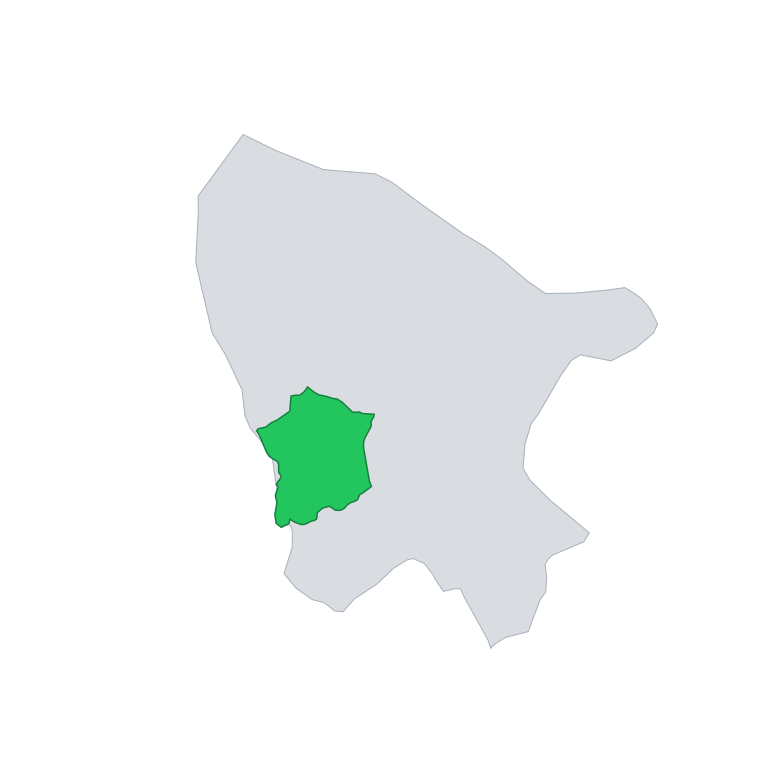 Burundi, with Ruyigi highlighted, rotated 125°
{"feature_id": "BDI-2635", "entity_name": "Ruyigi", "entity_type": "Province", "adm_level": 1, "iso_a3": "BDI", "parent_name": "Burundi", "parent_adm1": "", "projection": "mercator", "projection_center": [30.363, -3.445], "detail": "fine", "context": "in_parent", "style": "filled", "palette": "green", "viewbox_px": 768, "rotation_deg": 125, "n_neighbors": 0, "source": "natural_earth", "source_scale": "10m", "svg_char_len": 2201}
<svg xmlns="http://www.w3.org/2000/svg" viewBox="0 0 768 768"><g transform="rotate(125 384 384)"><path d="M539.3,145.1L534.4,151.4L512.2,196.8L507.9,203.6L510.4,207.8L519.8,216.4L514.3,230.7L512.1,234.5L507.9,247.9L510.2,260.1L515.5,264.6L529.9,270.6L551.5,274.9L577.0,285.0L594.2,286.9L598.2,294.2L597.4,307.4L601.7,318.8L601.7,339.2L596.6,357.2L570.3,365.6L556.8,374.9L553.2,379.5L556.5,384.9L558.2,392.2L533.5,410.1L508.1,433.5L502.0,449.3L497.0,467.9L489.6,479.8L470.2,497.0L450.5,531.6L440.8,554.0L392.4,608.0L349.3,634.9L336.7,644.1L260.5,642.5L254.7,606.1L243.1,556.5L216.9,511.7L214.2,492.9L215.4,456.8L215.5,406.0L213.7,378.7L214.3,358.8L217.6,324.2L217.2,303.6L200.0,279.7L178.5,254.4L166.9,242.0L166.3,231.9L166.3,222.7L169.8,209.2L178.1,194.2L187.6,192.5L210.7,198.5L234.8,211.3L247.6,240.0L257.4,244.1L275.2,244.1L320.7,240.3L332.0,240.8L352.6,233.9L373.2,221.8L379.1,209.2L383.9,181.1L388.2,130.4L398.7,129.8L427.4,147.8L433.5,149.1L439.6,148.4L449.5,139.5L461.8,132.2L470.8,132.4L504.1,123.9L522.0,139.2L533.3,144.0L539.3,145.1Z" fill="#d9dde1" stroke="#a8b0b8" stroke-width="1"/><path d="M553.0,381.9L560.3,385.9L560.0,392.4L553.6,398.5L542.3,403.8L539.1,407.6L537.2,409.3L535.5,409.9L529.1,411.4L528.7,412.0L528.3,414.1L528.0,414.6L523.4,415.0L523.3,414.5L522.8,414.5L518.7,415.1L518.1,415.8L517.2,418.7L516.6,419.7L509.9,424.5L508.6,427.4L509.1,432.3L509.0,436.7L507.2,441.2L497.2,457.0L495.5,461.3L495.5,461.5L495.4,461.5L492.8,461.4L487.1,456.1L480.6,454.2L474.9,450.9L460.4,445.6L447.2,453.2L444.3,450.5L441.5,446.6L436.0,444.9L430.2,444.9L430.8,438.0L430.3,431.2L427.8,425.7L424.9,416.9L423.1,413.7L423.0,407.3L425.1,393.6L423.2,390.7L421.0,388.0L420.4,384.4L414.4,374.7L416.7,373.7L422.3,373.0L423.5,372.1L424.6,371.0L427.0,370.1L438.0,368.9L443.0,367.6L447.8,364.3L472.0,340.2L475.1,335.5L484.4,338.5L486.5,339.4L488.5,340.4L494.1,339.3L497.0,340.8L500.3,343.3L504.2,344.8L508.2,345.1L511.7,346.7L514.0,349.2L515.5,352.2L515.2,355.6L515.7,358.8L521.1,363.2L527.8,364.8L530.3,363.1L533.4,361.8L535.8,362.8L537.6,364.6L539.9,366.0L542.4,367.1L545.0,369.1L546.9,371.8L548.4,378.1L548.7,383.5L552.9,381.9L553.0,381.9Z" fill="#22c55e" stroke="#15803d" stroke-width="1.5"/></g></svg>